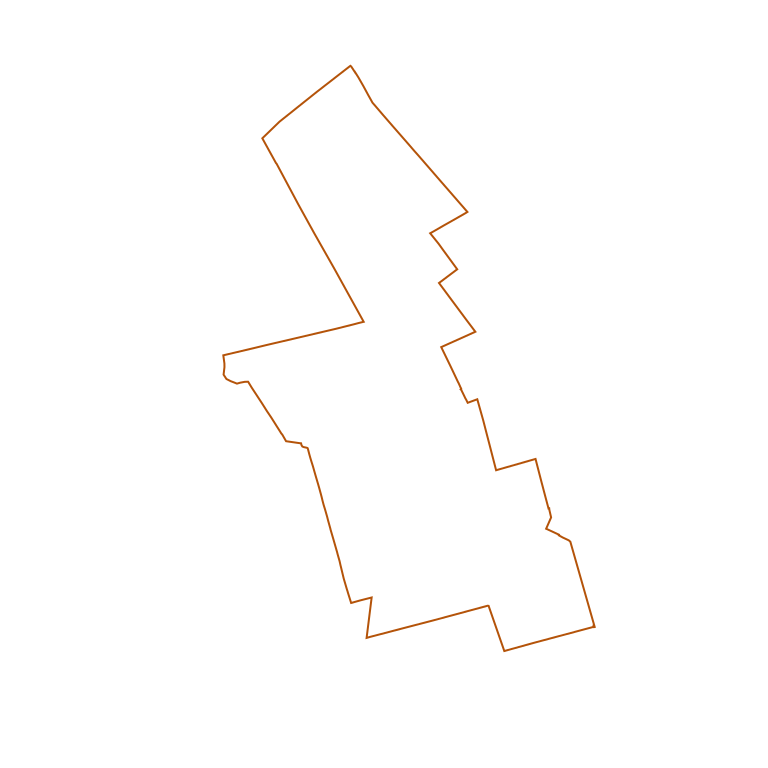 Goicea, Dolj, Romania (Equal Earth projection), rotated 67°
{"feature_id": "2599482B52312852000830", "entity_name": "Goicea", "entity_type": "district", "adm_level": 2, "iso_a3": "ROU", "parent_name": "Romania", "parent_adm1": "Dolj", "projection": "equal_earth", "projection_center": [23.601, 43.927], "detail": "fine", "context": "isolated", "style": "outline", "palette": "amber", "viewbox_px": 768, "rotation_deg": 67, "n_neighbors": 0, "source": "geoboundaries", "source_scale": "gbopen_adm2", "svg_char_len": 2232}
<svg xmlns="http://www.w3.org/2000/svg" viewBox="0 0 768 768"><g transform="rotate(67 384 384)"><path d="M610.9,499.2L611.4,495.2L611.5,494.6L616.3,461.8L620.8,431.4L628.6,375.2L629.1,374.4L676.8,377.6L680.8,347.3L689.4,286.3L689.1,286.1L688.4,285.6L689.9,285.6L690.0,285.0L602.0,274.1L600.1,275.0L595.2,279.4L591.6,282.2L591.1,281.8L580.6,291.3L572.1,282.3L564.6,281.0L562.9,280.5L562.8,280.9L562.8,281.2L550.8,279.5L537.7,277.6L536.9,277.5L524.2,275.6L512.2,273.8L507.4,312.7L507.2,314.5L481.2,310.6L469.7,308.9L456.4,306.9L434.5,304.1L434.0,314.3L430.3,314.5L429.2,314.7L426.9,314.8L422.8,315.0L421.5,315.1L421.0,315.1L419.4,315.2L419.3,315.3L419.1,315.4L418.9,315.5L418.6,314.8L417.6,314.8L417.3,314.9L416.5,314.9L415.3,314.9L411.9,315.0L411.2,315.1L394.2,315.8L372.4,316.9L372.2,307.7L371.6,279.5L357.2,283.1L356.4,283.3L334.5,288.6L312.5,293.9L307.0,271.8L283.9,277.2L276.4,278.9L263.3,282.6L263.1,280.6L261.4,266.7L260.7,260.4L258.5,241.7L258.2,240.0L257.3,240.3L245.6,244.1L226.2,250.4L220.7,252.2L197.2,259.8L186.1,263.4L181.4,265.0L173.9,267.4L149.8,275.3L140.5,278.3L135.9,279.8L124.8,283.3L120.5,284.7L118.4,284.9L112.1,285.6L101.6,286.6L91.6,287.8L84.8,288.9L84.2,288.9L84.6,289.1L79.0,290.1L78.0,290.6L78.2,291.5L88.9,331.9L95.6,355.9L101.7,377.7L110.3,400.0L138.5,397.1L139.2,396.8L185.2,392.7L218.1,389.3L259.1,384.6L318.8,378.4L317.9,383.9L317.3,388.2L314.4,406.7L302.2,477.1L300.3,488.6L295.2,518.4L294.8,520.7L302.8,522.9L306.2,524.3L312.7,528.0L317.8,527.1L321.5,524.0L324.2,521.2L326.2,519.2L326.6,515.9L327.6,511.3L328.8,508.2L335.6,507.2L353.8,503.9L363.0,502.4L371.3,500.8L380.6,499.3L387.2,498.2L389.3,497.9L390.8,497.4L398.4,496.5L405.6,484.6L406.2,483.5L407.0,483.7L408.1,483.8L409.6,483.6L410.6,482.7L412.5,480.0L413.1,479.4L414.0,479.4L419.4,480.2L423.3,480.7L427.0,481.1L432.2,481.6L437.7,482.3L443.5,483.0L450.5,483.8L454.6,484.3L458.2,484.8L460.5,485.1L463.9,485.6L467.5,486.2L471.0,486.7L471.7,486.8L476.6,487.3L483.9,488.2L487.8,488.8L496.2,489.9L497.2,490.1L506.7,491.2L520.6,492.9L522.5,493.2L529.7,494.1L534.6,495.0L534.8,495.0L547.4,497.1L558.6,498.4L561.0,498.6L561.5,498.7L572.7,499.8L573.9,490.6L574.4,487.3L575.7,478.8L610.9,499.2Z" fill="none" stroke="#b45309" stroke-width="2"/></g></svg>